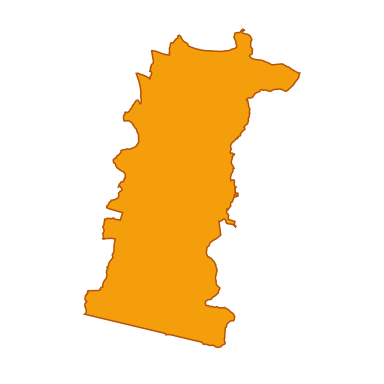 Apozol, Zacatecas, Mexico, rotated 264°
{"feature_id": "50627088B1865759391292", "entity_name": "Apozol", "entity_type": "district", "adm_level": 2, "iso_a3": "MEX", "parent_name": "Mexico", "parent_adm1": "Zacatecas", "projection": "orthographic", "projection_center": [-103.054, 21.462], "detail": "fine", "context": "isolated", "style": "filled", "palette": "amber", "viewbox_px": 384, "rotation_deg": 264, "n_neighbors": 0, "source": "geoboundaries", "source_scale": "gbopen_adm2", "svg_char_len": 6054}
<svg xmlns="http://www.w3.org/2000/svg" viewBox="0 0 384 384"><g transform="rotate(264 192 192)"><path d="M34.7,201.6L35.1,204.7L35.8,205.0L37.0,207.0L37.3,208.7L38.2,209.2L41.2,208.7L42.6,208.8L44.0,209.5L45.2,209.4L50.5,210.5L53.3,210.8L54.3,212.1L56.6,212.8L57.4,213.4L59.4,216.0L59.9,218.3L59.5,219.7L60.1,220.3L62.3,221.2L63.8,221.4L66.0,220.6L67.8,219.2L68.8,217.8L71.3,215.8L72.6,213.7L73.8,212.6L73.5,211.2L73.8,208.1L74.3,205.8L75.1,205.4L75.4,204.4L75.0,203.5L74.9,202.6L76.2,199.9L76.0,198.6L77.4,196.0L77.6,194.1L80.7,193.6L82.4,195.0L83.2,197.0L83.2,199.4L83.6,200.2L85.2,201.4L85.9,203.4L86.9,205.1L87.7,205.7L88.7,207.6L91.1,208.1L92.0,209.1L93.6,209.7L95.9,207.5L98.1,206.4L101.0,206.7L103.1,206.3L104.5,206.4L111.7,208.8L116.2,207.9L117.6,208.0L117.9,207.6L120.3,206.7L124.0,204.1L124.7,202.8L125.5,202.3L126.0,201.1L129.2,199.8L135.3,201.1L136.5,203.0L139.5,204.6L141.1,206.9L143.2,211.7L146.1,216.1L160.1,215.7L160.0,217.3L160.6,218.7L161.7,220.3L161.6,221.6L160.3,222.7L158.6,222.6L157.3,223.2L156.7,224.2L155.6,228.8L154.2,230.6L152.6,231.6L153.0,232.0L153.9,231.8L155.1,230.5L158.2,231.6L161.0,225.2L162.0,225.6L163.3,225.4L164.7,226.0L166.2,225.5L167.7,224.2L168.4,224.1L169.5,224.8L171.5,224.8L171.4,225.8L170.8,226.0L174.2,229.2L174.7,228.9L177.6,229.4L177.9,231.0L182.9,233.4L184.8,234.0L185.2,234.9L183.6,235.6L182.7,235.1L183.2,237.3L185.9,237.6L186.8,234.8L189.3,235.3L190.2,234.8L190.7,235.4L191.4,235.1L192.3,236.4L193.8,234.9L196.1,234.8L198.0,235.4L199.8,234.9L199.3,231.8L202.5,231.8L205.7,233.0L208.3,234.9L210.7,235.3L211.1,236.4L216.5,234.1L218.6,234.4L222.6,236.1L222.8,235.7L224.3,236.6L224.4,237.8L225.1,238.1L225.5,237.8L226.4,236.1L226.5,234.3L226.8,234.1L228.7,234.4L230.7,235.7L231.6,235.2L234.3,235.2L236.4,236.6L239.4,240.6L240.5,241.3L240.2,242.7L241.6,243.1L241.6,243.7L242.1,243.8L242.4,244.3L242.9,246.0L243.6,246.3L245.2,246.3L246.0,247.6L247.1,248.5L248.6,251.0L249.1,251.2L250.6,251.0L251.0,250.5L252.5,251.8L253.8,254.1L254.3,254.5L255.8,255.0L256.7,255.6L257.5,255.4L258.3,255.7L259.2,255.6L260.6,256.8L261.4,256.5L263.8,257.7L264.4,257.3L264.9,257.6L265.3,257.3L268.1,258.2L270.2,257.5L277.2,257.0L277.2,255.9L277.9,255.7L278.4,256.0L278.9,257.0L279.5,257.4L279.8,258.1L279.3,259.7L279.7,261.8L280.8,263.0L282.0,263.7L283.4,265.2L284.2,267.1L284.8,269.7L285.1,270.2L286.4,270.8L286.5,271.6L286.4,272.4L285.7,273.5L285.8,276.1L284.6,278.0L284.0,280.4L284.2,281.5L285.1,282.9L285.3,283.6L285.3,290.1L283.8,293.6L282.6,295.0L282.4,295.7L282.8,297.3L288.0,304.2L290.6,306.2L294.2,309.8L299.2,311.6L299.0,310.4L299.7,309.7L300.7,308.0L304.0,303.5L306.1,301.4L306.6,300.0L308.6,297.0L309.3,296.4L310.0,294.7L310.1,285.2L310.5,284.1L312.7,281.2L312.9,280.3L315.6,275.5L317.4,268.0L319.1,264.6L320.3,264.1L321.3,263.3L322.1,264.1L322.7,265.8L323.5,266.4L324.8,266.7L326.8,266.6L327.4,267.1L327.9,267.1L330.7,265.4L335.8,266.4L335.8,266.7L337.3,267.4L337.9,267.4L341.1,266.1L342.3,265.0L343.3,263.1L344.5,259.2L344.9,258.8L346.4,258.9L347.3,261.0L347.9,260.9L348.6,259.3L347.9,258.3L345.6,256.3L345.8,253.1L345.4,251.2L343.0,250.6L341.6,249.8L338.0,251.1L331.5,251.7L330.8,250.6L330.1,248.8L329.8,246.4L328.8,243.6L328.9,239.3L328.7,236.0L329.8,228.3L330.7,224.7L330.6,223.6L331.6,218.0L333.9,211.1L336.3,206.0L337.6,203.7L340.1,203.0L342.8,199.5L344.7,198.1L347.7,197.1L349.1,196.0L349.3,195.5L348.9,194.6L348.3,194.2L346.5,193.7L345.6,191.6L344.8,191.2L343.5,189.6L342.3,189.1L342.3,188.2L342.8,187.0L342.3,186.4L341.4,185.9L338.4,185.4L338.1,184.9L337.0,184.5L334.0,184.4L333.2,183.9L332.2,183.9L331.7,184.4L331.0,184.2L330.6,183.8L331.4,180.4L332.7,176.8L335.5,171.3L336.9,167.0L336.7,166.6L326.0,167.3L323.9,166.7L323.1,165.2L321.5,164.4L321.0,164.5L320.5,163.8L319.7,164.1L318.7,163.4L318.0,163.4L316.5,162.6L316.0,164.0L314.2,164.4L313.1,163.7L312.1,163.6L310.8,162.1L309.2,162.3L308.9,161.9L311.2,159.3L313.9,154.7L313.9,154.0L315.8,150.5L315.8,148.9L307.2,150.9L301.7,151.5L297.1,151.7L292.7,151.0L288.7,151.1L285.9,150.7L285.0,150.0L285.4,149.5L288.7,148.2L288.9,147.8L289.1,147.2L288.7,145.9L285.7,143.6L284.2,141.9L283.9,142.1L281.9,140.8L280.9,139.4L279.1,138.2L278.1,136.9L277.9,136.2L278.4,134.0L278.2,133.7L276.8,133.9L276.2,132.7L275.5,132.6L274.8,132.0L273.2,131.7L270.6,131.6L269.8,131.9L269.4,136.8L267.1,139.4L265.7,140.2L265.1,140.1L264.3,140.8L261.4,142.3L260.7,143.1L256.8,143.9L254.8,144.8L248.3,144.3L247.4,144.4L243.3,141.1L242.3,139.1L241.1,134.6L241.6,132.3L241.0,127.9L241.1,126.8L240.7,125.8L240.0,125.5L239.0,125.5L237.1,123.6L236.3,122.5L235.9,121.3L235.2,120.6L233.6,120.2L233.7,119.2L233.3,118.3L232.2,117.0L229.7,117.0L228.9,117.5L228.4,118.6L226.4,118.9L224.0,119.9L220.8,123.3L219.2,126.1L218.2,126.4L217.2,127.3L215.9,127.6L214.4,127.2L213.7,127.5L213.4,127.4L212.8,126.3L212.1,126.4L211.6,125.6L210.5,125.6L210.0,125.3L209.3,124.3L209.7,123.8L209.0,122.0L207.7,121.2L207.4,120.4L204.7,119.3L205.3,120.9L202.4,122.6L201.3,122.6L200.5,121.7L200.1,120.4L198.3,118.8L195.4,118.7L194.0,117.8L192.5,114.8L192.2,110.8L191.8,110.8L190.2,108.6L187.6,107.0L187.0,105.7L185.2,105.6L184.0,107.7L178.7,120.8L171.5,117.7L173.1,112.4L174.5,111.1L173.7,109.5L174.1,108.9L174.4,106.0L174.8,105.0L174.0,103.6L174.1,102.2L173.4,102.2L172.9,102.5L172.2,101.8L167.7,100.7L167.3,99.9L166.6,99.7L162.8,100.6L162.3,100.5L160.0,98.9L156.4,99.3L156.0,99.3L154.9,98.3L154.2,99.5L154.7,99.9L154.3,107.7L153.7,109.1L153.5,110.7L146.9,108.9L140.8,108.1L137.9,106.1L135.1,106.5L131.3,102.8L129.4,101.6L127.0,101.1L126.2,99.7L125.7,99.5L125.2,100.1L124.6,100.2L123.1,99.1L121.2,98.4L119.2,98.8L117.8,98.7L115.2,97.7L112.9,95.5L110.8,94.2L109.2,93.6L107.0,93.3L106.5,91.4L105.2,90.5L104.8,90.7L104.4,90.4L103.8,89.1L104.7,78.2L103.8,77.7L103.3,78.0L102.5,77.9L102.0,76.8L101.0,76.8L100.3,75.2L96.1,74.3L94.2,75.9L93.9,75.8L93.5,74.9L91.8,73.8L89.3,73.5L86.7,74.4L84.4,74.4L82.2,73.5L81.7,72.4L54.1,150.6L52.8,150.9L52.5,155.1L41.6,186.0L39.2,187.5L39.5,188.3L38.7,191.1L37.6,193.2L37.4,196.6L36.8,198.2L36.1,198.5L35.6,199.2L34.7,201.6Z" fill="#f59e0b" stroke="#b45309" stroke-width="1.5"/></g></svg>